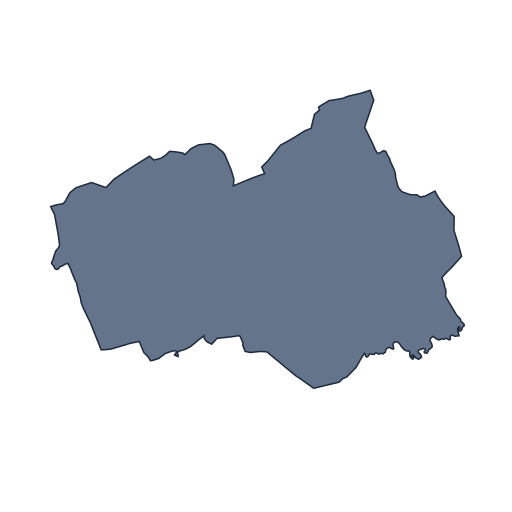 the district of Jahun, Jigawa, Nigeria, rotated 169°
{"feature_id": "59680162B13393519160177", "entity_name": "Jahun", "entity_type": "district", "adm_level": 2, "iso_a3": "NGA", "parent_name": "Nigeria", "parent_adm1": "Jigawa", "projection": "natural_earth1", "projection_center": [9.509, 12.058], "detail": "fine", "context": "isolated", "style": "filled", "palette": "slate", "viewbox_px": 512, "rotation_deg": 169, "n_neighbors": 0, "source": "geoboundaries", "source_scale": "gbopen_adm2", "svg_char_len": 4698}
<svg xmlns="http://www.w3.org/2000/svg" viewBox="0 0 512 512"><g transform="rotate(169 256 256)"><path d="M53.9,257.0L61.7,269.9L63.9,274.5L66.1,279.5L67.9,285.6L79.0,282.4L80.9,282.6L83.5,282.5L86.4,285.4L92.2,286.5L95.9,288.5L100.7,291.4L102.1,294.1L103.0,295.6L103.5,298.2L103.7,301.7L103.9,306.5L103.5,309.6L103.8,314.0L105.2,319.8L106.1,323.0L106.2,326.2L107.4,328.9L108.7,334.0L110.7,335.1L113.9,333.9L117.1,333.4L117.9,335.6L118.7,337.9L120.0,343.8L124.8,361.7L110.7,386.4L112.3,396.9L122.6,395.7L135.0,395.3L141.0,394.2L151.2,394.4L154.3,394.7L161.9,392.0L166.2,390.2L165.8,387.1L171.5,384.1L177.6,370.8L184.3,369.5L190.7,367.1L192.1,366.5L199.2,363.9L210.9,360.1L226.1,347.2L233.4,342.3L231.8,335.1L237.4,334.5L245.7,333.1L264.8,329.2L263.0,335.5L263.9,345.0L267.3,361.4L268.4,364.0L275.4,372.6L279.8,375.2L291.3,376.1L293.0,375.5L294.5,375.2L295.5,374.9L296.7,374.5L297.8,374.2L298.8,374.0L299.6,373.6L300.4,373.1L306.5,369.1L308.4,371.2L312.0,372.5L316.9,374.2L320.9,375.2L325.5,372.2L331.0,370.0L338.0,369.7L341.5,374.3L358.5,367.8L373.3,361.7L380.9,358.4L390.2,351.8L403.4,359.5L419.6,357.4L426.6,353.7L431.3,348.0L432.9,346.0L435.4,344.2L439.5,344.3L442.3,344.3L446.0,343.9L448.1,343.7L447.7,341.8L445.8,335.0L446.1,314.5L446.8,304.0L447.2,303.3L448.5,301.7L449.6,300.8L451.6,299.1L453.0,296.8L455.2,293.0L456.0,291.0L457.2,289.7L458.1,288.0L457.7,286.8L456.4,284.6L456.0,282.3L454.9,281.2L453.6,280.7L452.7,281.0L451.6,281.8L450.8,282.7L449.9,283.0L448.1,283.2L446.5,283.8L445.1,284.4L442.1,284.6L440.7,279.5L438.4,267.2L437.3,263.9L437.2,255.1L436.4,248.8L436.5,243.6L435.4,237.3L431.3,222.1L425.9,193.4L420.0,192.6L415.8,192.3L410.8,192.8L404.6,193.4L395.9,194.3L386.9,194.3L384.5,182.5L381.2,177.8L379.6,173.3L377.6,173.2L372.9,173.7L370.6,174.0L369.6,174.7L368.5,175.3L367.3,175.8L366.3,176.2L365.2,176.8L364.6,177.3L363.5,177.6L356.9,178.6L352.7,178.4L352.2,177.3L352.8,176.5L353.2,176.1L354.9,174.4L353.2,173.0L351.7,172.2L351.2,173.9L351.9,175.4L351.8,176.5L350.6,176.7L349.9,176.8L349.4,177.2L349.1,177.7L348.8,177.6L347.5,177.3L342.4,178.1L337.2,179.7L335.2,180.9L332.2,182.4L329.2,184.2L325.7,185.9L322.3,187.6L322.6,185.6L321.5,182.6L319.8,180.4L318.2,179.4L316.3,177.9L309.9,182.6L295.2,181.3L288.5,181.1L287.1,180.3L286.9,179.9L285.4,173.2L286.0,170.7L284.9,164.4L281.8,163.2L280.8,162.6L278.6,162.2L277.2,162.1L275.2,162.0L273.5,161.8L270.5,161.5L269.2,161.3L263.6,159.8L239.8,130.8L236.3,127.4L224.5,115.1L219.3,115.4L198.5,116.3L194.3,119.0L189.7,120.1L178.8,127.7L171.9,135.9L168.1,139.7L167.4,138.3L167.4,136.5L166.6,135.7L165.7,135.7L165.1,136.3L164.2,136.9L163.6,137.7L162.7,138.1L162.1,137.8L161.1,137.5L159.7,137.1L158.7,136.8L158.5,137.0L157.9,137.6L156.5,138.2L155.6,137.4L154.6,136.3L153.8,136.1L152.6,136.7L152.1,136.7L150.9,136.0L149.6,135.7L148.9,136.4L148.2,136.5L147.4,136.9L146.8,138.3L146.0,139.7L145.0,140.4L143.3,140.8L142.1,140.7L141.4,139.8L140.0,138.8L138.9,138.4L138.4,139.1L138.5,140.1L138.5,141.0L138.5,142.3L138.2,143.6L137.5,144.3L136.4,145.0L135.1,144.9L133.6,144.7L132.6,143.6L131.7,142.2L131.1,140.6L130.4,139.0L129.3,137.1L128.2,135.6L126.9,134.5L125.6,133.8L124.5,133.8L123.5,132.8L123.5,131.7L123.7,130.5L124.0,129.1L123.9,127.9L123.4,126.9L122.9,126.8L122.9,126.0L122.4,125.2L121.4,124.9L121.0,125.6L120.7,126.5L121.2,127.3L121.8,128.1L121.6,128.8L120.7,128.8L120.2,128.3L119.5,127.3L119.3,126.4L118.3,125.2L117.0,124.3L116.4,123.7L115.2,123.8L114.7,124.3L114.2,124.8L113.8,124.5L113.2,124.8L112.8,125.4L112.8,126.2L113.0,127.3L113.4,128.2L113.9,129.2L114.8,129.8L115.1,130.6L115.1,131.5L114.7,132.2L113.8,132.7L112.7,132.8L111.6,132.9L110.6,133.0L109.4,133.4L108.6,132.8L107.5,132.1L107.7,131.1L108.2,130.6L109.1,130.2L109.3,129.2L108.5,128.4L107.3,128.2L106.5,128.0L105.8,128.8L104.3,131.0L102.1,132.0L100.4,133.2L100.2,134.6L100.2,135.8L100.7,137.6L101.2,139.7L101.1,140.5L100.9,141.2L100.1,141.9L98.8,142.6L97.9,143.2L97.4,143.1L97.0,142.9L96.5,142.0L95.4,140.8L94.0,139.6L92.2,138.6L89.9,139.0L89.0,139.2L87.4,138.4L85.7,138.8L84.6,138.7L83.5,137.7L82.4,136.8L81.3,137.1L80.8,137.7L81.0,139.1L80.8,140.0L80.0,140.6L79.1,140.9L77.8,140.4L76.6,139.7L75.8,139.1L74.4,139.2L73.3,139.1L71.9,138.9L71.9,140.7L72.1,143.3L72.1,144.1L72.1,145.5L71.7,146.5L70.9,146.9L70.6,147.7L69.7,147.4L69.6,146.4L70.2,145.6L70.9,145.0L71.3,144.5L71.1,143.7L70.5,143.4L69.6,143.4L68.8,143.8L68.2,144.4L67.5,145.4L67.0,146.3L66.4,147.2L65.5,147.4L64.9,147.8L64.8,148.8L65.0,149.9L65.5,150.5L66.1,151.5L66.8,152.0L67.1,152.5L67.6,154.0L67.3,155.0L70.5,160.1L77.6,180.1L76.6,183.5L76.1,186.7L76.7,189.2L76.5,192.4L77.7,199.3L72.1,203.5L66.6,207.1L54.3,216.4L54.9,226.3L56.8,243.4L53.9,257.0Z" fill="#64748b" stroke="#1e293b" stroke-width="1.5"/></g></svg>